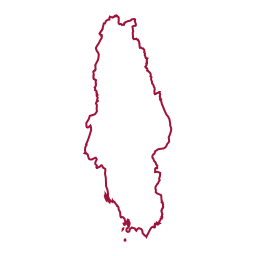 Khlong Thom, Krabi, Thailand (Equal Earth projection)
{"feature_id": "78962969B45717742719747", "entity_name": "Khlong Thom", "entity_type": "district", "adm_level": 2, "iso_a3": "THA", "parent_name": "Thailand", "parent_adm1": "Krabi", "projection": "equal_earth", "projection_center": [99.206, 7.914], "detail": "fine", "context": "isolated", "style": "outline", "palette": "rose", "viewbox_px": 256, "rotation_deg": 0, "n_neighbors": 0, "source": "geoboundaries", "source_scale": "gbopen_adm2", "svg_char_len": 5824}
<svg xmlns="http://www.w3.org/2000/svg" viewBox="0 0 256 256"><path d="M114.8,15.8L114.8,16.2L113.8,17.0L113.3,16.9L112.6,17.6L109.9,16.7L109.8,17.4L109.4,17.9L109.4,19.6L108.1,19.6L106.6,20.5L105.7,21.3L105.5,22.2L105.0,23.4L103.8,23.4L102.6,28.4L102.7,29.0L102.0,29.6L101.8,30.7L100.7,31.4L100.4,32.7L99.9,32.9L99.5,33.7L100.2,34.6L101.7,35.0L101.8,35.5L101.3,35.5L101.2,35.9L101.7,36.8L101.6,38.2L100.6,39.5L98.8,43.2L97.3,45.4L95.9,47.9L96.0,48.8L96.9,51.1L98.1,52.6L98.8,54.6L98.3,58.7L97.9,60.1L95.2,65.2L95.5,65.9L95.4,67.3L95.6,69.3L95.3,70.1L94.9,70.1L94.7,70.8L93.7,71.0L93.3,71.7L93.8,74.9L93.4,75.6L93.6,75.9L93.4,76.6L93.5,76.9L93.3,77.9L93.9,78.5L93.9,79.2L95.2,79.6L95.3,80.0L96.0,80.2L95.6,82.8L96.1,83.6L95.8,84.5L95.9,85.6L95.7,85.8L95.3,86.9L94.7,87.4L95.1,88.0L95.1,90.2L95.6,90.2L96.6,91.3L96.6,92.4L96.4,92.7L97.0,93.4L96.6,94.0L96.6,94.4L97.0,94.4L97.6,95.0L97.2,95.7L96.7,95.5L96.7,96.1L97.2,96.7L97.7,97.8L97.0,100.0L97.8,100.7L97.9,101.0L96.7,101.7L95.9,103.4L96.9,105.2L96.6,108.7L96.9,111.3L96.2,112.6L94.8,114.3L89.8,115.9L88.8,119.0L86.3,123.1L86.5,126.5L86.8,127.2L87.5,127.5L88.5,127.3L90.4,125.5L91.0,127.3L91.2,129.9L88.9,137.4L86.9,142.7L86.0,144.3L86.6,144.9L85.3,147.1L85.0,150.1L85.4,152.2L85.0,152.7L85.3,152.8L84.8,153.3L87.0,153.8L87.6,154.3L88.7,158.2L89.1,158.9L89.8,159.4L91.9,159.5L95.3,157.7L96.1,158.0L96.7,159.5L95.6,161.6L95.2,163.4L95.4,164.2L96.8,165.5L96.4,167.3L96.7,167.9L97.3,168.0L98.2,167.3L99.6,166.9L101.1,165.4L101.6,165.3L102.1,165.6L103.0,167.6L105.3,169.0L105.4,169.9L105.0,173.6L105.8,177.9L106.1,186.3L107.4,189.6L108.0,193.6L107.9,196.5L108.1,196.6L109.3,199.7L110.1,200.1L110.5,201.4L111.2,201.6L112.9,200.8L114.7,202.2L115.4,203.5L117.2,205.6L117.1,206.0L118.1,206.6L118.6,208.0L118.5,208.4L118.8,209.7L120.1,212.2L120.4,216.1L120.9,217.3L121.3,217.4L121.5,217.0L122.0,216.9L123.2,217.4L124.6,218.9L125.0,221.0L126.2,222.1L126.9,221.9L127.8,219.7L128.7,220.2L128.5,221.0L129.3,222.0L129.6,223.1L129.6,224.1L128.7,227.0L127.8,228.0L126.8,228.4L126.4,229.7L126.5,231.0L127.7,231.9L128.9,231.7L129.6,230.8L129.5,230.1L129.7,229.3L131.8,227.5L134.9,228.5L135.6,230.1L136.3,230.7L137.1,229.3L138.3,228.4L139.0,228.1L141.4,229.2L142.3,230.8L142.6,233.0L144.4,235.2L145.2,235.8L145.9,235.8L146.4,236.8L150.0,229.7L151.2,227.8L152.5,226.8L154.5,227.5L154.9,227.3L155.0,226.6L154.5,225.3L155.0,223.7L155.5,223.7L156.1,224.4L156.5,224.1L156.4,223.3L156.6,222.9L157.2,223.8L157.5,222.8L158.0,223.0L158.0,223.5L158.5,224.0L158.7,223.5L159.4,223.3L158.9,223.0L158.9,222.4L159.4,222.2L159.5,221.0L159.9,220.8L160.5,219.8L160.5,218.9L161.4,218.0L161.8,218.3L162.0,217.6L161.7,217.2L162.1,217.1L161.9,216.6L162.2,216.5L161.9,215.0L162.5,214.1L161.9,212.8L161.9,212.3L161.6,212.1L161.4,210.7L161.8,210.3L161.7,209.6L162.1,209.1L162.1,208.6L162.6,208.3L162.9,207.4L163.1,207.4L163.2,207.0L162.9,205.1L163.2,204.5L162.7,203.4L162.7,202.8L162.3,202.9L161.6,202.4L161.6,201.9L161.9,200.9L161.5,200.1L161.3,196.3L161.0,195.1L156.9,193.3L155.7,192.2L155.9,189.8L155.4,188.7L155.5,186.9L157.3,183.9L158.0,183.5L158.5,182.0L159.7,180.3L159.1,178.9L160.0,175.8L160.2,173.0L158.1,172.0L156.9,171.8L155.1,172.1L155.2,168.6L155.6,168.1L157.1,168.2L157.3,165.7L156.2,164.5L155.4,162.1L154.2,161.2L153.2,158.5L152.5,157.8L152.3,156.6L152.5,155.7L153.3,154.4L154.4,153.7L155.2,151.2L158.3,149.2L163.8,148.4L165.5,147.2L166.2,146.2L167.4,143.7L168.7,142.3L169.2,141.3L168.7,137.1L169.5,135.6L171.1,130.7L171.2,128.3L170.2,125.5L170.1,123.2L169.4,119.0L168.7,118.0L168.3,116.8L166.3,114.4L164.5,110.4L161.7,103.5L161.2,101.0L160.5,100.4L161.1,99.3L159.9,98.9L160.2,97.4L159.7,96.3L160.2,94.3L159.6,92.6L159.7,92.0L159.1,92.0L158.9,92.5L158.2,92.8L157.2,92.9L155.5,94.1L154.9,94.2L154.4,93.4L154.5,92.0L154.3,91.0L154.7,89.8L154.6,88.0L153.9,86.9L153.4,85.0L152.1,83.3L152.0,81.6L151.7,81.1L151.1,79.3L151.1,78.4L151.5,77.2L150.4,76.3L150.8,75.2L150.5,73.6L149.6,72.3L148.3,71.4L148.2,70.9L147.1,70.5L147.4,69.4L147.1,68.4L146.2,67.9L146.1,67.5L145.6,67.4L145.3,66.7L145.8,66.3L146.3,64.9L146.6,64.8L146.3,63.7L146.7,63.5L146.5,63.2L147.0,62.7L147.0,62.1L146.7,61.8L146.9,60.9L146.7,60.2L147.4,58.4L145.8,58.1L145.7,57.5L145.4,57.1L145.4,56.3L144.7,55.2L145.0,53.7L144.7,53.0L144.2,52.5L144.5,51.6L144.3,51.3L144.3,50.0L143.1,48.5L142.5,48.6L141.1,47.6L140.0,47.9L139.7,47.2L139.4,44.2L139.5,43.5L139.2,43.1L139.1,41.8L138.9,41.2L137.8,40.2L137.9,39.7L137.2,39.6L136.4,38.7L135.2,39.1L134.5,38.9L133.9,39.2L133.1,38.4L132.7,32.3L133.2,31.5L132.8,29.7L132.8,28.3L132.4,26.8L132.6,26.4L134.3,25.8L135.5,25.8L135.9,25.2L135.8,23.9L134.8,21.2L135.1,20.1L135.0,19.4L134.5,19.0L131.6,19.4L130.6,20.6L128.4,21.0L125.2,22.3L124.9,23.0L124.2,23.2L124.2,24.1L123.9,24.4L123.8,24.9L122.3,24.6L121.9,25.0L121.0,24.0L119.4,24.2L118.8,23.5L118.5,22.1L118.8,20.4L118.6,19.0L118.8,17.8L118.5,17.1L117.8,16.7L117.4,16.1L116.9,15.9L116.4,16.2L116.3,15.4L114.8,15.8ZM106.3,200.0L107.0,198.7L107.1,197.4L106.3,195.1L105.6,194.1L105.7,195.8L105.1,196.9L105.4,198.1L106.3,200.0ZM125.4,223.4L125.1,223.0L123.6,223.5L124.1,224.7L124.7,224.9L125.4,223.4ZM107.8,200.2L108.1,198.7L107.6,197.3L107.4,198.9L107.8,200.2ZM128.1,224.4L128.8,223.7L128.5,222.6L128.1,223.3L128.1,224.4ZM105.1,196.7L105.6,195.8L105.3,194.8L104.9,195.6L104.9,196.3L105.1,196.7ZM125.3,240.6L125.3,239.6L125.2,239.4L124.8,239.5L124.6,240.1L124.7,240.6L125.3,240.6ZM127.5,224.6L127.7,224.2L127.6,223.4L127.2,224.3L127.5,224.6ZM107.2,200.0L107.0,199.3L106.7,200.1L107.0,200.5L107.2,200.0ZM122.7,229.6L123.1,229.2L123.2,228.5L122.8,228.7L122.7,229.6ZM112.7,201.9L112.9,201.5L112.6,200.9L112.5,201.7L112.7,201.9ZM128.0,222.9L128.2,222.4L128.1,222.0L127.9,222.5L128.0,222.9ZM109.3,202.0L109.3,201.5L109.0,201.1L109.0,201.7L109.3,202.0ZM129.1,222.4L129.0,221.9L128.7,221.7L128.8,222.2L129.1,222.4Z" fill="none" stroke="#9f1239" stroke-width="2"/></svg>